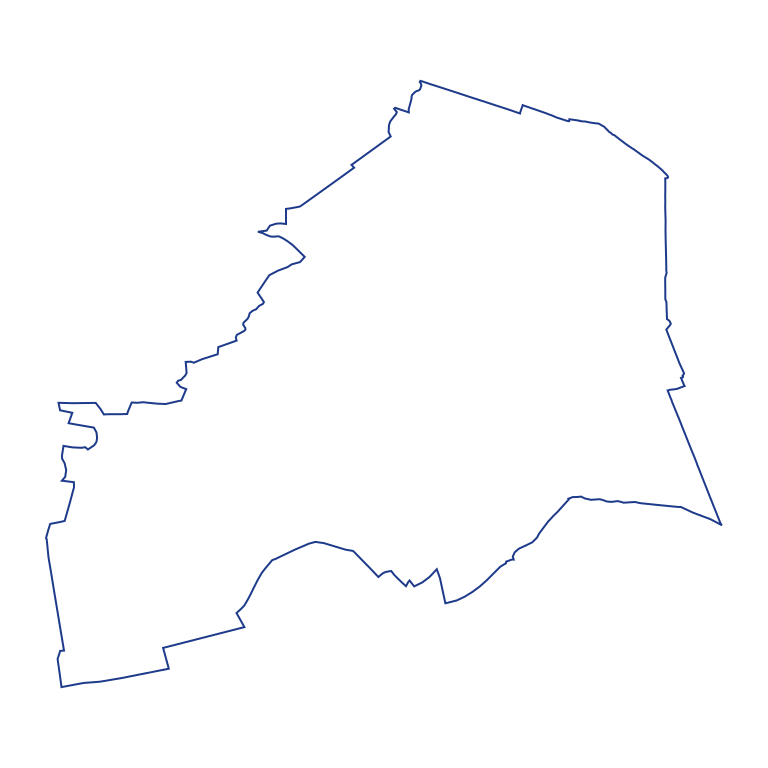 the district of Salacea, Bihor, Romania
{"feature_id": "2599482B49985047544028", "entity_name": "Salacea", "entity_type": "district", "adm_level": 2, "iso_a3": "ROU", "parent_name": "Romania", "parent_adm1": "Bihor", "projection": "equal_earth", "projection_center": [22.294, 47.457], "detail": "fine", "context": "isolated", "style": "outline", "palette": "blue", "viewbox_px": 768, "rotation_deg": 0, "n_neighbors": 0, "source": "geoboundaries", "source_scale": "gbopen_adm2", "svg_char_len": 5574}
<svg xmlns="http://www.w3.org/2000/svg" viewBox="0 0 768 768"><path d="M445.4,603.3L446.0,603.2L446.6,603.0L453.0,601.4L456.1,600.6L456.4,600.6L464.7,596.7L472.6,591.8L480.1,586.2L486.7,580.3L500.3,566.7L506.0,563.2L506.2,561.6L512.0,559.5L513.7,559.6L512.8,556.5L514.7,552.3L519.0,548.6L526.6,545.1L532.3,542.3L537.0,537.6L539.3,533.3L548.0,521.7L553.4,515.9L557.7,511.7L568.8,499.4L568.4,498.7L572.7,497.1L577.4,497.0L581.1,496.6L584.7,498.4L591.0,499.8L599.7,499.2L601.1,499.6L602.5,499.9L606.9,501.5L611.5,501.9L617.6,501.1L620.7,501.8L623.6,502.7L635.0,502.0L640.5,503.2L662.1,505.4L668.2,506.0L674.3,506.6L678.8,507.0L680.7,506.9L691.2,511.8L693.9,513.0L709.9,519.0L710.4,519.2L715.2,521.7L721.2,524.9L721.9,525.4L721.5,524.9L721.2,524.3L720.4,523.1L719.9,521.9L716.6,513.5L714.9,509.3L709.4,495.5L702.7,478.5L700.8,473.7L699.6,470.5L699.1,469.4L698.9,468.8L697.8,466.1L697.7,465.8L697.4,465.2L696.5,462.5L695.7,460.5L695.4,459.7L695.0,458.6L694.7,458.0L694.0,456.1L693.1,454.0L691.6,450.4L688.2,441.9L682.4,427.4L679.8,420.7L675.4,410.0L674.9,408.7L674.4,407.6L674.1,406.8L672.9,403.9L672.5,403.1L671.4,399.8L670.5,397.8L669.8,396.0L669.2,394.4L668.6,392.9L667.9,391.1L667.7,390.5L667.9,390.5L668.9,390.2L669.8,389.8L670.6,389.7L674.5,389.3L677.2,388.8L684.6,386.0L684.3,385.6L682.0,380.3L681.5,378.9L681.0,377.9L681.8,377.6L682.6,377.4L683.0,377.0L682.9,376.2L682.7,375.8L682.6,375.5L682.7,375.3L683.2,374.9L683.6,374.5L684.1,373.4L679.3,362.9L678.1,359.8L672.8,346.2L666.3,329.6L670.3,324.8L670.8,323.7L669.4,320.8L667.0,319.1L666.4,302.1L665.3,299.1L665.3,291.2L665.2,283.3L665.2,277.5L665.9,275.3L666.6,273.0L666.2,269.4L666.3,267.6L666.0,253.3L665.8,245.2L665.6,237.0L665.5,229.7L665.6,221.1L665.2,207.7L665.3,200.1L665.2,197.5L665.3,190.6L665.3,180.1L665.2,178.4L666.3,178.3L667.5,177.9L667.7,177.7L667.9,177.4L668.1,177.1L667.9,176.6L667.6,176.0L667.3,175.5L664.5,172.6L663.4,171.6L662.9,170.9L660.7,168.9L658.7,167.2L657.2,165.9L655.5,164.7L653.1,162.7L650.6,160.8L648.7,159.4L644.6,156.9L641.9,155.2L638.1,152.4L635.4,150.5L633.8,149.3L633.3,149.0L632.6,148.6L630.5,147.2L629.6,146.6L628.5,145.9L626.7,144.6L625.4,143.7L624.2,142.8L623.6,142.3L621.2,140.5L619.3,139.1L618.1,138.1L616.0,136.5L614.6,135.3L612.5,134.5L610.8,132.9L609.6,132.2L608.6,131.3L607.6,130.2L606.3,128.9L604.9,127.5L603.9,126.5L601.9,125.5L599.8,124.2L598.9,123.8L597.9,123.4L595.9,123.4L594.4,123.1L593.1,123.0L590.7,122.6L589.5,122.4L588.5,122.2L588.0,122.1L587.1,121.9L586.3,121.7L585.3,121.5L583.1,121.4L581.9,121.3L581.2,121.2L580.1,121.0L580.2,120.9L579.5,120.7L576.9,120.3L570.4,119.4L569.7,119.4L569.4,119.3L569.2,121.1L568.3,121.2L566.9,120.8L556.6,117.5L551.8,115.4L548.1,114.1L547.6,113.8L542.4,112.0L541.6,111.7L540.7,111.4L533.6,108.9L533.4,108.8L532.7,108.7L529.2,107.4L524.1,105.7L523.9,105.6L522.7,105.1L522.3,106.5L520.6,111.1L520.6,111.4L520.5,111.6L520.2,112.4L520.0,113.5L510.8,110.3L497.7,106.0L495.4,105.3L495.2,105.2L494.9,105.1L488.8,103.1L487.8,102.8L484.3,101.6L479.5,100.1L477.8,99.5L473.6,98.2L457.2,92.8L441.5,87.7L433.4,85.1L430.2,84.1L422.0,81.3L421.6,81.2L421.0,81.1L420.7,81.0L420.6,80.9L420.4,80.9L420.3,81.2L419.8,82.1L420.2,82.6L420.6,83.0L421.4,85.3L420.2,88.9L420.0,89.4L418.6,90.5L416.4,91.1L414.4,92.6L412.1,95.0L411.5,97.0L411.6,98.2L410.5,102.6L410.4,103.0L409.3,107.0L408.7,109.2L408.8,112.4L395.2,107.8L394.1,108.7L396.8,112.1L396.0,114.1L393.3,117.4L390.2,121.5L389.0,125.1L388.6,132.0L390.7,136.5L351.5,164.9L354.1,167.7L341.8,176.6L301.2,205.7L300.1,206.4L299.2,206.7L290.1,208.4L286.0,208.9L286.0,224.0L280.5,223.4L276.1,223.7L273.0,224.7L269.9,225.7L266.7,230.6L263.1,231.1L257.9,231.8L260.9,232.6L262.5,233.0L263.1,233.3L266.5,235.0L270.5,236.5L273.6,236.7L275.7,236.5L278.7,236.3L279.8,236.8L281.2,237.5L282.0,237.8L284.5,239.3L286.9,240.8L292.5,244.9L295.1,247.4L304.7,256.9L300.0,262.1L291.8,264.3L287.5,267.1L278.1,270.6L269.3,275.2L265.0,281.5L260.7,287.9L257.6,292.6L263.9,302.0L263.0,303.8L259.1,305.9L256.2,309.2L252.6,310.8L249.7,313.2L248.6,317.0L247.5,318.9L243.5,322.7L243.2,324.8L245.4,328.2L245.4,329.7L244.2,330.9L236.8,334.9L235.8,337.6L236.6,340.6L218.3,347.1L218.0,350.6L217.7,354.2L202.3,359.1L193.9,362.7L190.9,361.7L185.7,361.9L186.6,373.0L185.2,375.5L180.9,380.0L178.2,380.7L176.7,382.7L180.4,386.9L186.2,389.1L181.4,400.6L179.2,400.9L165.7,404.0L157.6,403.7L152.7,403.2L146.4,402.6L143.4,402.2L137.4,402.8L131.7,402.5L127.9,411.6L127.2,414.0L120.2,414.2L110.3,414.2L105.8,414.3L103.9,414.5L100.5,409.0L95.7,402.9L72.2,403.2L58.5,402.8L60.1,410.3L72.3,412.8L68.6,423.2L76.4,424.6L93.9,427.6L96.5,432.5L97.1,437.8L96.6,441.2L96.0,442.7L94.1,445.3L87.9,449.5L85.2,447.2L81.8,447.8L72.5,447.4L63.5,445.9L62.0,455.5L62.1,458.6L64.6,463.2L66.2,470.1L65.2,476.9L61.9,480.7L73.9,482.2L74.0,487.3L69.8,502.9L64.7,520.9L61.1,521.8L50.2,523.9L49.6,525.7L49.4,526.5L48.3,529.9L46.3,537.1L46.1,538.3L46.7,539.3L48.5,557.3L51.3,573.9L54.0,590.6L64.0,650.6L60.2,650.9L57.6,659.0L59.6,673.1L60.7,681.2L61.5,687.1L70.0,685.5L83.9,682.9L87.2,682.7L100.0,681.7L123.6,677.7L127.9,676.8L168.8,668.7L163.1,647.9L244.4,627.1L236.5,613.0L240.2,609.7L244.2,605.7L247.9,599.4L251.1,593.3L253.2,588.9L257.8,579.8L261.8,572.9L264.7,569.1L271.8,560.6L272.3,560.1L275.6,558.9L281.4,556.1L295.0,549.6L308.8,543.7L315.4,541.9L323.8,543.1L345.7,549.7L352.9,550.9L353.9,551.7L370.0,568.2L378.4,577.0L382.0,573.9L384.3,572.5L386.8,571.7L391.2,571.0L394.4,575.1L401.7,582.3L406.0,586.2L408.1,582.2L409.6,580.5L414.2,586.4L422.3,582.4L429.5,577.0L436.8,569.2L440.0,578.3L443.7,595.6L445.4,603.3Z" fill="none" stroke="#1e3a8a" stroke-width="2"/></svg>